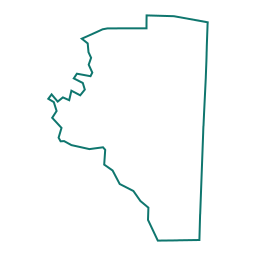 outline of Davidson, North Carolina, United States of America
{"feature_id": "52423323B73587469313041", "entity_name": "Davidson", "entity_type": "district", "adm_level": 2, "iso_a3": "USA", "parent_name": "United States of America", "parent_adm1": "North Carolina", "projection": "robinson", "projection_center": [-80.266, 35.765], "detail": "fine", "context": "isolated", "style": "outline", "palette": "teal", "viewbox_px": 256, "rotation_deg": 0, "n_neighbors": 0, "source": "geoboundaries", "source_scale": "gbopen_adm2", "svg_char_len": 899}
<svg xmlns="http://www.w3.org/2000/svg" viewBox="0 0 256 256"><path d="M206.4,61.1L206.6,54.0L206.6,52.9L206.7,50.4L206.8,46.0L207.5,26.4L207.5,25.7L207.7,22.3L173.9,16.2L146.6,15.4L146.5,23.3L146.5,25.2L146.5,28.3L137.7,28.3L107.5,28.4L102.6,29.3L99.6,30.7L84.7,37.4L83.1,38.1L81.8,38.7L87.7,43.4L88.5,52.2L91.1,57.8L88.7,64.7L92.3,72.6L90.5,76.2L76.9,73.7L73.8,78.4L82.8,83.0L84.8,89.6L80.2,95.3L71.4,90.7L69.2,100.2L62.9,97.4L57.7,101.6L51.6,94.4L48.3,98.8L53.8,102.1L56.6,111.0L52.2,117.8L61.5,127.9L58.6,137.7L60.6,141.3L64.1,141.1L71.4,145.1L89.4,149.1L103.0,147.3L105.1,149.7L105.2,149.9L104.2,164.6L112.6,170.5L119.7,184.0L133.4,191.0L140.4,201.0L148.4,207.7L148.0,219.9L157.8,240.6L177.0,240.4L178.6,240.3L199.4,240.0L200.1,214.7L200.2,213.7L203.2,132.2L203.2,131.6L203.4,126.4L203.5,125.8L204.1,112.4L205.8,77.5L205.8,77.0L206.4,61.1Z" fill="none" stroke="#0f766e" stroke-width="2"/></svg>